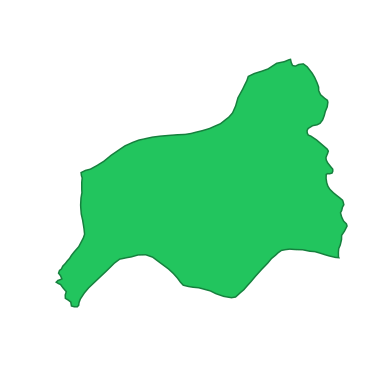 outline of Pleebo/Sodoken, Maryland, Liberia, rotated 349°
{"feature_id": "62588387B59551016114373", "entity_name": "Pleebo/Sodoken", "entity_type": "district", "adm_level": 2, "iso_a3": "LBR", "parent_name": "Liberia", "parent_adm1": "Maryland", "projection": "albers", "projection_center": [-7.677, 4.55], "detail": "fine", "context": "isolated", "style": "filled", "palette": "green", "viewbox_px": 384, "rotation_deg": 349, "n_neighbors": 0, "source": "geoboundaries", "source_scale": "gbopen_adm2", "svg_char_len": 2849}
<svg xmlns="http://www.w3.org/2000/svg" viewBox="0 0 384 384"><g transform="rotate(349 192 192)"><path d="M59.4,280.7L60.0,279.0L60.6,278.0L62.0,275.7L67.0,270.6L72.3,266.3L84.7,258.4L92.3,253.6L102.2,247.0L108.2,244.1L110.7,244.1L115.3,244.0L119.6,244.1L120.0,244.1L127.1,243.5L134.7,244.8L141.0,248.5L146.7,254.8L150.1,258.5L154.3,263.1L158.2,268.5L161.3,273.7L163.5,278.4L165.6,281.8L170.3,284.0L171.9,284.6L174.9,285.7L180.4,287.3L186.3,290.2L191.2,292.6L195.6,296.0L196.3,296.5L203.2,300.5L210.6,303.3L211.3,303.3L214.7,303.4L216.7,302.2L220.3,300.0L224.2,297.8L228.8,294.2L232.8,291.2L238.2,286.8L245.8,281.1L249.4,278.6L252.8,276.2L257.3,272.5L258.6,271.8L261.9,270.0L264.9,268.1L268.6,266.4L272.5,266.4L277.0,266.7L282.5,268.2L289.6,269.8L296.3,272.6L301.3,274.0L304.4,275.6L305.6,276.2L310.5,278.9L314.4,280.9L320.4,283.6L323.6,284.5L323.4,283.5L324.2,279.1L325.2,275.6L327.4,272.3L329.7,267.2L330.6,263.1L334.2,259.5L337.7,255.0L337.5,252.8L335.3,249.6L334.8,247.9L334.1,244.9L333.8,240.7L335.4,238.7L336.8,235.6L338.6,233.5L338.5,230.8L338.2,228.8L335.9,225.9L333.7,223.4L330.5,219.6L327.8,215.6L326.5,212.3L326.0,208.5L326.1,207.0L326.2,204.2L327.1,200.4L328.6,199.8L330.1,200.3L331.4,200.3L333.1,200.1L334.2,198.4L334.5,196.4L332.9,193.5L330.7,189.2L329.9,186.3L330.0,183.9L331.1,182.0L332.4,180.1L333.6,177.9L332.9,175.7L330.0,172.0L324.2,164.7L319.4,159.9L317.0,158.3L316.4,156.2L316.6,153.8L318.1,151.8L323.1,149.9L325.8,149.9L327.6,149.9L330.8,149.0L334.0,146.1L336.4,142.2L338.2,138.4L341.0,134.2L342.5,129.8L342.4,127.8L340.2,125.5L336.8,121.1L336.3,119.3L335.7,116.7L336.3,113.2L335.6,108.7L334.2,102.8L332.6,98.3L328.9,91.0L325.7,87.5L321.1,87.2L317.5,88.2L314.8,87.0L314.1,83.7L314.0,80.6L312.4,80.7L307.4,81.7L299.7,81.8L289.9,85.8L289.5,85.8L283.2,86.8L281.9,86.9L275.7,87.6L269.3,89.3L267.1,93.2L264.0,97.2L261.5,100.6L255.1,108.3L251.3,115.8L247.0,122.0L245.9,122.9L242.4,125.6L239.0,127.3L233.0,130.4L226.2,131.9L221.5,133.0L217.9,133.4L213.6,133.8L206.6,134.1L202.3,134.4L196.5,134.2L195.0,134.0L188.4,133.0L183.8,132.5L182.4,132.3L171.2,131.1L163.6,130.6L149.8,130.9L143.3,132.0L139.5,132.9L135.1,133.9L129.9,136.1L119.7,140.5L111.4,145.0L103.5,148.0L96.6,150.2L91.5,150.5L87.9,151.5L86.8,151.8L86.6,154.9L86.9,157.2L85.6,161.6L84.3,168.4L83.8,171.9L83.1,173.5L82.7,174.6L81.9,176.7L80.2,183.5L79.8,186.3L79.1,192.5L79.3,198.9L79.2,201.3L79.0,207.4L78.5,213.0L78.2,213.5L76.6,216.3L73.6,220.1L70.4,224.1L65.2,228.1L61.7,231.1L61.4,231.4L59.2,233.8L56.5,235.8L54.5,237.6L53.6,238.3L51.0,240.1L49.1,242.7L47.0,243.7L45.5,246.2L46.7,248.5L47.0,249.2L47.7,252.5L44.4,253.2L43.8,253.1L41.5,254.6L43.4,256.4L45.3,257.7L47.2,261.7L49.0,264.9L49.6,265.8L48.4,268.0L47.9,268.9L47.4,272.2L50.0,274.6L52.0,276.9L51.9,280.9L54.5,282.2L57.5,282.8L59.2,281.5L59.4,280.7Z" fill="#22c55e" stroke="#15803d" stroke-width="1.5"/></g></svg>